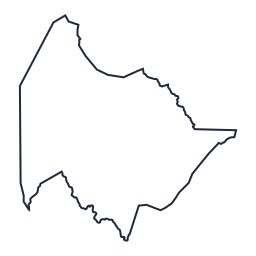 Errard, Praslin, Saint Lucia
{"feature_id": "8701671B19150990882958", "entity_name": "Errard", "entity_type": "district", "adm_level": 2, "iso_a3": "LCA", "parent_name": "Saint Lucia", "parent_adm1": "Praslin", "projection": "natural_earth1", "projection_center": [-60.937, 13.893], "detail": "fine", "context": "isolated", "style": "outline", "palette": "slate", "viewbox_px": 256, "rotation_deg": 0, "n_neighbors": 0, "source": "geoboundaries", "source_scale": "gbopen_adm2", "svg_char_len": 5506}
<svg xmlns="http://www.w3.org/2000/svg" viewBox="0 0 256 256"><path d="M129.6,234.4L138.8,205.6L139.0,205.5L141.1,205.4L146.5,204.8L160.5,210.2L165.0,208.0L171.7,203.4L175.7,197.9L179.0,192.6L188.7,182.9L192.3,173.9L202.9,160.7L205.5,157.6L208.8,153.5L210.6,151.6L218.1,143.7L218.6,143.0L218.7,142.9L220.2,143.6L220.7,143.8L221.3,143.8L222.3,143.1L222.7,142.7L223.7,142.6L224.7,141.9L226.5,139.7L229.5,137.8L231.6,137.3L233.9,137.2L234.4,137.1L236.1,130.2L194.8,129.2L194.2,128.6L193.9,128.0L193.1,127.2L192.9,126.7L193.1,126.3L194.0,125.7L194.3,125.1L194.4,124.7L194.2,124.3L193.4,123.9L192.7,123.7L192.4,123.0L190.8,120.1L190.6,119.0L190.4,118.3L190.2,118.0L189.6,117.7L188.8,117.3L188.7,117.2L188.3,116.4L187.9,115.9L187.3,115.5L186.5,115.1L185.7,114.7L185.5,114.4L185.4,114.1L185.4,113.1L185.2,112.3L184.9,111.6L184.4,110.7L184.0,110.3L183.8,109.3L183.7,108.7L183.5,107.9L183.3,107.3L182.8,107.0L182.2,106.7L181.2,106.7L180.7,106.5L179.4,105.9L178.5,105.9L178.3,105.7L178.1,105.2L177.9,105.0L177.7,104.7L177.2,104.3L177.0,103.8L177.0,103.5L177.7,102.1L177.7,101.7L177.2,100.4L177.1,99.8L177.1,99.5L178.3,98.1L178.2,97.4L178.3,97.2L178.0,96.6L177.9,96.4L177.5,96.1L176.5,96.0L175.6,95.8L175.3,95.4L175.1,95.1L174.6,94.6L174.3,94.3L173.3,94.0L171.8,93.4L171.6,93.0L171.2,92.6L170.1,89.8L169.6,89.1L169.3,88.8L168.8,88.3L168.4,87.6L168.1,87.0L168.0,86.3L168.0,85.2L168.0,84.6L166.2,85.2L164.1,85.8L163.1,85.9L162.6,86.1L162.1,86.3L161.9,86.5L161.4,86.3L160.7,85.8L160.2,85.8L159.8,85.3L159.6,84.9L159.5,83.6L159.2,83.0L159.2,82.9L158.8,82.5L158.2,81.8L158.1,81.6L158.0,81.4L157.7,80.5L157.6,80.2L157.2,79.7L156.8,79.4L156.3,79.1L156.1,79.0L154.8,79.0L154.0,78.9L152.7,78.5L151.1,78.0L148.7,77.3L148.0,77.1L147.7,76.9L147.5,76.7L147.3,76.5L146.6,75.8L146.3,75.4L145.9,74.8L145.7,74.4L145.2,74.1L144.5,73.9L144.3,73.9L143.9,73.2L143.7,72.9L143.5,72.4L143.3,71.3L142.9,68.8L137.0,71.2L123.6,77.3L108.0,74.9L96.9,69.6L85.5,55.9L78.9,45.3L79.3,43.3L79.3,39.7L80.3,38.9L77.5,35.2L77.5,29.9L78.4,24.8L68.6,21.5L65.3,15.4L53.4,22.5L19.9,86.0L20.6,182.0L20.5,182.7L23.7,195.6L23.7,201.6L28.8,209.6L29.1,209.8L29.1,209.6L29.1,208.5L29.0,207.6L29.0,207.1L28.8,206.2L28.7,205.3L28.6,205.0L28.6,204.6L28.7,204.4L28.8,204.2L29.1,203.8L29.3,203.6L29.6,203.4L29.9,203.2L30.2,202.9L30.4,202.5L30.5,202.1L30.6,201.9L30.7,201.7L30.6,201.1L30.3,200.0L30.3,199.3L30.3,199.1L30.4,198.9L30.6,198.6L30.8,198.4L31.5,197.7L33.0,196.5L33.6,196.0L35.3,194.7L36.4,193.7L36.6,193.4L36.9,193.0L37.3,192.3L37.5,191.8L37.5,191.7L37.6,191.3L37.7,191.1L37.9,189.8L38.0,189.0L38.0,188.5L38.1,187.9L38.3,187.5L38.5,187.1L38.9,186.8L39.4,186.5L39.7,186.3L39.8,186.2L40.1,185.5L40.1,185.3L40.1,185.1L40.5,183.7L61.7,171.6L62.1,172.3L62.3,172.7L62.4,173.3L62.5,173.9L62.5,175.2L62.6,175.5L63.6,176.2L64.2,176.6L65.6,177.2L65.8,177.3L65.9,177.8L66.1,179.1L66.1,179.6L66.3,180.5L66.5,181.0L66.8,181.7L67.8,183.4L69.2,186.4L69.3,186.6L69.5,186.8L69.9,187.0L70.1,187.1L70.9,187.2L71.2,187.3L71.5,187.4L71.8,187.7L72.0,188.0L72.1,188.3L72.2,189.1L72.2,189.5L72.6,190.9L72.6,191.5L72.6,191.8L72.4,192.7L72.1,193.4L71.9,193.8L71.8,194.2L71.7,194.9L71.7,195.1L71.7,195.3L71.9,195.5L72.4,195.7L73.0,196.2L73.6,196.7L74.2,197.3L74.5,197.5L75.0,197.5L75.1,197.4L75.5,197.4L75.9,197.4L76.0,197.4L76.3,197.6L76.5,197.9L76.6,198.1L76.7,198.3L77.0,199.1L77.7,200.5L77.8,200.9L77.8,201.0L78.1,202.1L78.5,202.6L78.7,202.8L79.2,203.5L79.5,204.0L79.6,205.1L79.7,205.4L79.8,205.6L80.1,206.0L80.5,206.5L80.8,206.9L81.0,207.3L81.2,207.6L81.4,207.8L81.9,208.0L82.5,208.2L83.0,208.2L83.4,208.3L83.6,208.3L85.3,209.1L85.7,209.1L86.1,209.1L86.3,209.0L86.5,208.8L86.7,208.1L86.9,207.6L87.0,207.5L87.2,207.4L87.4,207.1L87.6,206.8L87.7,206.3L88.2,206.0L88.4,205.8L88.6,205.7L88.8,205.7L88.9,205.8L89.2,206.3L89.4,206.4L89.7,206.6L90.0,206.6L90.7,205.9L91.0,205.5L91.2,205.4L92.0,205.4L92.3,205.5L92.7,205.8L92.9,206.2L93.0,206.3L93.1,206.6L93.1,207.0L92.9,208.0L92.8,209.2L92.7,209.9L92.7,210.7L92.9,211.6L93.0,211.7L93.0,211.8L93.5,212.1L93.9,212.1L94.3,212.2L94.7,212.3L95.1,212.4L95.5,212.5L95.8,212.7L96.1,213.1L96.3,213.4L96.4,213.6L96.4,213.8L96.2,214.2L95.6,215.0L94.8,216.1L94.6,216.5L94.4,217.1L94.2,217.8L94.1,218.2L94.1,218.4L94.3,218.8L94.5,219.0L94.9,219.1L95.3,219.3L95.9,220.0L96.4,220.6L97.1,221.8L97.3,222.0L97.7,222.4L98.2,222.6L98.5,222.7L98.9,222.7L99.4,222.7L99.7,222.5L100.0,222.2L100.1,221.7L100.6,220.5L100.9,219.9L101.0,219.7L101.6,219.5L102.1,219.4L102.5,219.3L103.6,219.2L104.0,219.3L104.6,219.5L105.0,219.5L105.2,219.3L105.5,218.8L106.0,218.7L106.3,218.7L106.7,218.7L107.2,218.8L107.6,218.9L108.1,219.2L108.6,219.5L108.8,219.6L109.2,219.7L109.8,219.8L110.1,219.8L110.6,219.7L111.3,219.6L111.8,219.8L112.1,219.8L112.3,219.9L112.4,220.0L112.6,220.4L112.9,221.4L113.0,221.6L113.2,221.8L114.2,222.7L114.5,223.1L114.8,223.5L115.1,224.0L115.6,224.9L116.2,225.9L116.6,226.4L117.0,226.9L117.4,227.4L117.7,228.3L117.8,228.4L117.9,228.6L118.3,228.9L119.3,229.5L119.5,229.6L119.9,230.3L120.0,230.6L120.2,231.4L120.3,232.2L120.7,234.0L120.8,235.9L121.0,236.4L121.3,236.7L121.6,236.8L121.9,237.0L122.1,237.0L122.7,237.0L123.1,236.9L123.8,236.9L124.2,237.0L124.3,237.1L124.5,237.4L124.5,237.9L124.4,238.2L124.1,238.5L124.0,238.9L124.0,239.3L124.1,239.6L124.2,239.8L124.3,239.9L124.6,240.0L125.2,240.3L125.5,240.4L126.3,240.6L126.6,240.6L127.0,240.6L127.3,240.4L127.6,240.1L127.6,238.9L127.8,237.9L127.8,237.5L128.0,236.9L128.3,236.5L128.5,236.2L128.5,235.7L128.6,235.1L128.8,234.7L129.3,234.5L129.6,234.4Z" fill="none" stroke="#1e293b" stroke-width="2"/></svg>